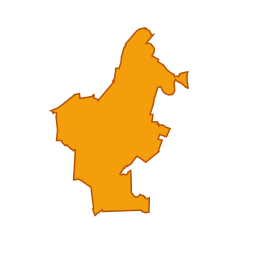 the district of Carei, Satu Mare, Romania, rotated 310°
{"feature_id": "2599482B21413362198639", "entity_name": "Carei", "entity_type": "district", "adm_level": 2, "iso_a3": "ROU", "parent_name": "Romania", "parent_adm1": "Satu Mare", "projection": "natural_earth1", "projection_center": [22.485, 47.66], "detail": "fine", "context": "isolated", "style": "filled", "palette": "amber", "viewbox_px": 256, "rotation_deg": 310, "n_neighbors": 0, "source": "geoboundaries", "source_scale": "gbopen_adm2", "svg_char_len": 5387}
<svg xmlns="http://www.w3.org/2000/svg" viewBox="0 0 256 256"><g transform="rotate(310 128 128)"><path d="M73.7,193.6L73.9,193.9L74.0,194.9L74.1,195.2L74.6,196.0L74.8,196.4L75.0,196.6L75.5,196.9L75.9,197.0L76.1,197.1L76.3,197.2L76.5,197.4L76.8,198.1L78.8,196.6L82.2,193.9L86.3,190.7L88.1,189.1L87.9,189.0L87.6,188.8L87.2,188.6L86.7,188.4L86.3,188.2L86.0,187.8L85.6,187.1L85.5,186.7L85.4,186.1L85.4,185.7L86.2,185.1L86.1,184.8L86.0,184.5L85.7,183.9L85.8,183.7L86.0,183.6L86.1,183.3L86.1,183.2L85.8,182.8L85.7,182.5L85.5,182.0L85.3,181.6L84.8,181.0L84.7,180.8L84.6,180.5L84.6,180.4L84.7,180.0L84.7,179.8L84.1,180.0L83.8,180.3L83.6,180.4L83.4,180.4L83.2,180.3L82.9,180.1L82.2,179.7L81.2,179.4L80.9,179.2L80.3,178.6L80.1,178.3L80.0,178.1L80.0,177.9L79.9,177.6L79.8,177.0L79.8,176.2L79.9,175.8L80.2,174.8L80.2,174.6L80.3,174.2L80.4,173.7L80.6,172.9L80.7,172.5L81.0,172.0L81.4,171.5L81.7,171.1L82.6,170.3L85.9,167.5L91.1,163.0L94.6,159.8L97.2,157.4L96.3,157.3L96.0,157.1L95.5,156.9L95.1,156.8L94.2,156.4L93.5,156.6L93.0,156.8L92.4,157.1L92.0,157.2L91.7,157.1L91.4,157.0L91.2,156.7L90.9,156.5L90.5,156.0L90.4,155.8L90.4,155.4L90.3,155.0L90.2,154.7L89.7,154.2L89.3,153.9L88.9,153.6L88.7,153.6L88.1,153.5L87.9,153.4L87.9,153.2L88.0,153.1L87.9,152.9L87.8,152.6L87.7,152.2L87.7,151.9L87.6,151.5L89.7,151.2L89.8,151.3L91.2,151.1L94.8,150.5L95.0,151.3L96.8,151.0L98.4,151.0L98.3,151.5L98.0,152.2L102.8,153.4L104.4,153.3L108.0,153.1L112.0,152.9L112.7,156.0L113.1,162.7L113.1,163.6L120.3,165.0L124.1,165.7L129.8,166.9L130.0,166.0L140.7,161.9L139.4,159.6L138.7,158.3L139.6,158.0L140.1,157.7L142.4,156.8L143.4,156.4L145.9,163.1L148.3,162.4L154.6,160.6L154.0,159.3L153.4,157.3L153.2,156.9L152.9,156.1L152.8,155.5L152.8,155.2L153.0,154.9L152.6,153.1L152.3,152.2L151.8,151.5L151.0,151.0L150.0,150.5L149.4,150.3L151.0,149.2L149.9,148.0L151.7,146.8L148.6,143.2L148.0,142.4L151.0,140.6L154.4,138.5L153.5,137.5L153.4,137.5L152.6,136.5L152.6,136.3L152.7,136.2L152.8,136.1L155.9,134.8L157.6,134.0L157.9,134.0L158.8,133.6L161.9,132.4L164.7,130.9L166.3,129.8L166.8,129.5L168.0,128.8L168.7,128.6L171.5,127.7L173.3,126.7L174.2,126.4L176.0,125.7L176.7,125.4L177.9,124.7L180.8,126.5L180.7,126.7L179.8,128.3L179.3,129.0L179.2,129.3L179.0,130.2L178.5,132.4L178.3,132.9L178.2,133.2L178.4,134.1L178.6,134.9L178.8,135.9L179.4,137.5L179.5,137.8L181.6,139.9L181.9,140.2L182.3,140.6L183.8,140.4L185.0,140.3L185.3,140.3L185.5,140.2L186.0,140.0L186.6,139.7L187.7,138.8L189.1,137.5L189.7,136.8L191.5,134.9L192.0,134.5L193.1,134.0L194.2,133.6L194.3,133.7L195.7,133.1L195.6,133.9L195.4,134.9L195.5,135.4L195.5,135.6L195.6,136.3L195.6,137.5L196.2,138.0L196.4,140.5L196.5,142.0L196.6,142.9L196.4,145.4L196.5,145.9L196.8,147.3L196.9,148.3L197.5,148.4L197.7,148.1L197.7,147.4L200.4,145.0L200.3,144.8L201.9,143.2L205.7,139.6L205.9,139.7L206.0,139.6L209.4,137.7L207.6,136.2L203.2,132.9L201.4,133.1L200.8,133.6L200.8,134.1L200.7,134.1L199.8,133.1L198.6,131.7L197.4,130.4L198.5,129.0L198.7,128.9L198.1,126.9L197.7,125.0L197.6,124.7L197.7,123.7L197.8,123.2L197.6,121.3L197.5,121.1L197.6,120.9L198.7,116.0L198.9,114.7L198.9,114.4L198.1,108.8L197.8,108.4L200.2,107.3L198.8,100.9L198.8,100.7L198.6,100.0L199.5,99.9L202.7,99.1L203.9,98.5L204.6,98.1L205.1,97.6L205.6,97.0L205.9,96.6L206.5,95.2L206.6,94.6L206.7,93.6L206.9,92.6L207.0,92.2L207.0,91.7L206.9,90.5L206.9,90.3L206.7,90.1L206.0,89.2L205.3,88.6L204.5,87.8L204.3,87.6L204.3,87.4L207.9,87.4L215.9,87.4L215.0,86.7L214.9,86.7L214.8,86.3L214.5,85.8L214.6,85.7L216.2,82.6L215.9,79.4L215.8,78.3L215.4,78.2L215.0,77.9L215.8,76.9L215.4,76.6L213.9,75.3L212.7,74.3L211.8,73.7L211.1,73.3L210.5,73.0L209.7,72.7L209.2,72.6L208.2,72.4L207.5,72.3L206.5,72.2L202.2,72.2L193.9,72.1L190.3,72.1L190.0,73.0L190.0,73.3L186.9,73.3L185.7,73.9L185.0,74.2L183.7,74.8L182.5,75.4L177.9,77.4L175.5,79.4L173.6,80.5L170.6,81.7L167.7,82.8L166.4,80.7L166.0,80.3L158.7,85.0L158.3,85.6L155.9,85.9L153.9,86.4L154.8,87.5L131.5,87.5L129.8,87.5L130.0,87.2L130.2,86.8L130.2,86.4L130.2,86.0L130.0,84.9L129.0,82.5L130.4,81.5L131.2,81.0L131.5,80.8L131.7,80.5L130.4,79.9L130.2,79.9L130.0,80.4L130.0,80.5L129.7,80.8L125.0,76.8L122.7,74.7L119.8,72.2L123.2,68.7L119.0,65.6L118.9,65.9L118.7,65.9L118.6,65.7L116.6,65.3L112.7,64.5L111.4,64.2L102.9,62.5L99.4,61.8L99.2,61.6L98.7,61.4L97.2,60.7L95.5,59.8L92.6,58.4L91.7,57.9L92.4,59.2L92.5,59.6L92.5,59.8L91.1,60.6L91.1,61.0L91.4,61.4L92.8,62.0L93.0,62.2L93.1,62.3L93.6,63.8L93.5,64.0L92.2,64.6L91.0,65.3L89.9,66.2L86.5,69.8L85.5,70.8L83.6,72.9L83.1,73.3L81.9,74.5L81.1,75.3L80.1,76.1L72.4,81.3L72.7,81.5L73.0,81.8L73.4,82.3L75.2,84.9L75.4,85.3L75.4,85.6L75.4,85.8L74.9,86.5L74.7,87.0L74.6,87.5L74.5,88.0L74.3,89.3L74.1,91.0L74.1,91.5L75.7,91.7L75.3,98.3L75.6,98.5L75.4,100.7L77.4,101.7L63.0,112.5L53.3,119.6L54.5,120.9L54.6,121.1L55.7,121.9L56.5,122.3L56.7,122.5L56.9,123.2L57.2,123.7L57.2,123.8L57.4,124.5L57.5,125.3L57.8,126.4L57.8,126.5L57.8,126.8L57.9,128.5L58.2,131.8L58.7,136.3L58.9,137.6L58.8,137.8L57.9,138.8L56.8,139.9L50.8,146.4L50.6,146.6L49.5,147.8L44.4,153.2L44.2,153.3L43.2,153.0L42.2,154.7L39.8,158.9L41.2,159.2L41.9,159.3L45.9,160.2L47.8,160.6L48.4,160.8L48.7,160.9L48.1,161.5L47.9,161.8L47.6,162.1L48.8,163.5L52.3,167.3L53.7,168.9L55.2,170.5L56.4,171.8L61.0,177.0L65.5,181.9L72.9,190.3L73.3,190.9L73.5,191.1L73.6,191.3L73.6,191.5L73.5,191.8L73.2,192.2L73.1,192.5L73.1,192.9L73.2,193.2L73.4,193.4L73.7,193.6Z" fill="#f59e0b" stroke="#b45309" stroke-width="1.5"/></g></svg>